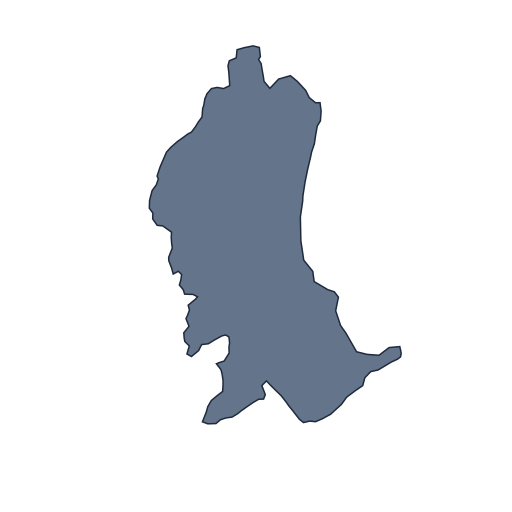 Episkopi Lemesou, Limassol, Cyprus, rotated 230°
{"feature_id": "46923920B6268683542966", "entity_name": "Episkopi Lemesou", "entity_type": "district", "adm_level": 2, "iso_a3": "CYP", "parent_name": "Cyprus", "parent_adm1": "Limassol", "projection": "robinson", "projection_center": [32.883, 34.674], "detail": "fine", "context": "isolated", "style": "filled", "palette": "slate", "viewbox_px": 512, "rotation_deg": 230, "n_neighbors": 0, "source": "geoboundaries", "source_scale": "gbopen_adm2", "svg_char_len": 2299}
<svg xmlns="http://www.w3.org/2000/svg" viewBox="0 0 512 512"><g transform="rotate(230 256 256)"><path d="M85.8,301.8L87.9,304.5L90.8,306.2L94.2,307.9L100.3,299.1L100.9,286.4L109.3,277.8L118.0,271.5L139.1,275.3L148.4,276.1L162.8,281.8L171.5,292.7L178.2,293.0L184.2,289.3L199.0,284.1L207.7,289.6L222.1,289.9L238.9,300.2L257.4,315.1L267.9,326.9L271.9,330.6L281.2,341.2L289.2,351.3L297.0,361.8L299.9,365.4L304.4,372.8L310.1,379.2L316.2,386.5L318.1,392.2L325.1,399.0L332.3,403.6L332.8,403.0L335.1,400.1L343.1,398.6L351.0,400.5L363.1,399.9L372.0,398.3L377.0,387.1L375.5,374.4L384.6,374.4L388.8,377.0L394.2,380.1L400.1,383.6L404.9,384.3L405.9,387.5L413.6,392.6L418.8,388.9L420.9,385.0L423.1,381.0L426.2,374.1L420.5,368.2L422.7,361.0L419.7,356.8L414.0,353.1L403.4,345.4L405.1,338.8L410.1,334.6L412.9,329.5L411.8,322.7L410.5,320.3L409.4,318.0L404.9,312.7L403.3,310.0L397.2,304.0L395.7,297.9L394.0,292.9L392.4,286.2L393.3,282.1L393.6,276.7L394.2,269.6L394.0,260.7L393.1,254.2L390.3,248.6L386.0,240.0L380.8,231.6L377.8,230.7L374.5,225.2L373.8,222.1L372.9,218.5L369.3,213.4L366.9,210.1L361.2,205.0L355.2,204.6L350.8,200.7L343.0,200.0L339.0,203.9L328.5,206.6L325.1,203.3L320.2,199.7L315.9,197.0L314.1,193.7L311.1,188.2L308.3,186.1L300.8,183.5L295.4,181.0L294.2,186.7L289.6,187.1L286.1,183.2L283.0,178.6L276.9,178.6L272.7,176.8L271.3,178.3L267.1,183.0L262.4,185.0L261.8,181.7L261.9,177.7L261.9,172.4L257.4,170.3L254.6,165.5L253.0,162.1L245.2,159.5L243.6,151.3L239.1,148.1L238.7,147.9L236.2,146.5L230.0,147.1L227.1,142.7L225.3,140.1L220.5,141.9L220.4,151.2L223.1,157.4L219.4,163.1L218.4,170.0L216.7,178.6L214.9,182.1L211.3,183.2L206.3,179.8L203.7,176.8L198.9,173.0L196.0,164.1L198.0,159.3L198.9,156.4L191.4,156.1L187.3,154.1L181.6,150.6L177.8,147.3L173.7,143.4L174.0,136.2L174.0,128.8L171.6,122.3L168.3,117.4L163.4,108.4L158.4,111.2L153.4,117.6L153.4,123.6L151.3,128.8L148.0,134.1L147.0,140.5L146.9,145.1L146.4,151.7L145.6,159.7L144.5,166.1L141.5,169.8L143.8,174.0L153.0,177.2L153.6,183.7L145.9,184.2L139.6,184.8L132.9,185.5L124.3,185.2L120.1,184.8L113.5,184.7L103.0,184.3L97.9,185.3L95.0,191.0L90.8,195.1L88.6,202.5L86.8,211.7L87.2,220.0L87.4,225.9L89.6,234.9L89.0,245.5L88.1,254.4L92.8,261.2L93.7,269.5L90.2,276.3L87.8,291.4L86.0,298.0L85.8,301.8Z" fill="#64748b" stroke="#1e293b" stroke-width="1.5"/></g></svg>